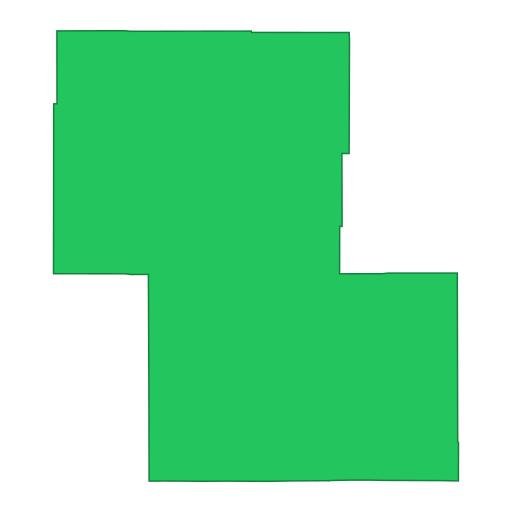 Lake, Oregon, United States of America (Mercator projection)
{"feature_id": "52423323B45736239843392", "entity_name": "Lake", "entity_type": "district", "adm_level": 2, "iso_a3": "USA", "parent_name": "United States of America", "parent_adm1": "Oregon", "projection": "mercator", "projection_center": [-120.268, 42.805], "detail": "fine", "context": "isolated", "style": "filled", "palette": "green", "viewbox_px": 512, "rotation_deg": 0, "n_neighbors": 0, "source": "geoboundaries", "source_scale": "gbopen_adm2", "svg_char_len": 697}
<svg xmlns="http://www.w3.org/2000/svg" viewBox="0 0 512 512"><path d="M458.4,480.9L458.5,442.5L457.7,441.8L457.3,273.1L388.0,273.1L382.2,273.7L339.6,273.8L339.7,226.4L342.1,226.4L341.9,153.5L349.1,153.5L349.5,39.7L349.2,32.5L251.6,32.4L251.3,31.1L130.3,31.3L124.5,30.7L56.9,30.9L57.0,103.8L53.7,103.8L53.5,273.7L125.3,273.8L131.2,274.5L148.4,274.4L148.7,346.5L148.9,386.4L148.9,386.9L149.1,481.1L162.9,481.0L186.9,481.1L187.3,481.1L196.5,481.3L226.2,481.1L261.3,481.3L261.8,481.3L269.9,481.3L291.2,480.9L327.9,480.7L328.3,480.9L330.8,480.5L351.2,480.1L354.1,480.1L358.9,480.1L370.9,480.1L384.0,480.4L441.2,480.6L458.4,480.9L458.4,480.9Z" fill="#22c55e" stroke="#15803d" stroke-width="1.5"/></svg>